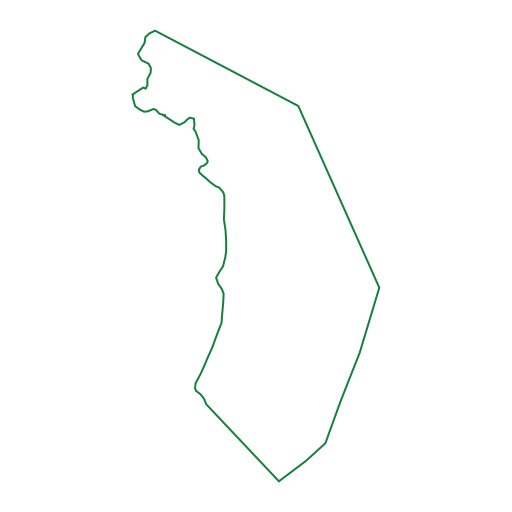 the district of Trou Florent/Marc, Castries, Saint Lucia
{"feature_id": "8701671B51264810574376", "entity_name": "Trou Florent/Marc", "entity_type": "district", "adm_level": 2, "iso_a3": "LCA", "parent_name": "Saint Lucia", "parent_adm1": "Castries", "projection": "equal_earth", "projection_center": [-60.957, 13.946], "detail": "fine", "context": "isolated", "style": "outline", "palette": "green", "viewbox_px": 512, "rotation_deg": 0, "n_neighbors": 0, "source": "geoboundaries", "source_scale": "gbopen_adm2", "svg_char_len": 1320}
<svg xmlns="http://www.w3.org/2000/svg" viewBox="0 0 512 512"><path d="M379.3,287.7L298.3,106.0L155.1,30.7L149.4,33.4L145.4,37.1L144.6,42.8L141.4,48.2L138.1,53.6L138.6,55.3L141.6,60.3L148.6,63.7L150.9,68.1L150.6,72.8L147.4,78.8L147.4,85.2L145.6,88.6L143.1,87.6L132.7,94.4L133.1,94.7L132.8,95.8L132.9,98.3L133.7,101.0L135.1,106.1L139.8,109.6L144.1,111.7L148.1,111.3L150.2,110.3L153.5,109.0L156.0,110.0L158.8,113.1L159.1,113.5L161.6,114.5L165.8,115.3L164.2,115.8L165.9,117.0L169.4,119.2L174.7,122.7L179.3,124.9L184.5,122.3L186.9,119.8L189.7,117.7L194.0,118.7L194.5,125.3L193.6,128.8L195.5,131.5L198.7,140.2L198.5,148.2L201.8,153.9L205.9,157.3L207.7,161.2L207.1,163.0L204.3,165.3L200.6,166.8L198.8,169.9L199.5,172.7L202.6,175.6L205.4,177.8L210.3,182.3L215.8,186.3L219.3,187.7L223.3,192.4L224.3,196.1L224.4,205.0L224.3,210.8L223.9,219.1L224.8,225.4L225.5,229.9L226.1,239.9L226.2,250.8L225.3,257.2L223.0,266.3L219.1,272.3L216.1,277.7L218.2,283.9L221.8,289.0L223.6,293.8L223.3,301.4L222.3,312.6L221.5,323.0L218.9,329.5L215.2,339.4L212.2,347.6L207.8,357.4L203.8,366.9L200.7,373.7L195.5,383.4L195.1,388.2L196.0,390.8L200.3,394.1L204.0,398.7L206.1,404.1L278.9,481.3L283.4,477.9L306.2,460.7L325.4,443.2L325.8,442.2L327.4,437.6L340.5,401.5L349.2,379.3L359.6,353.0L379.3,287.7Z" fill="none" stroke="#15803d" stroke-width="2"/></svg>